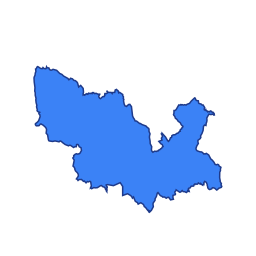 outline of Alausi, Cañar, Ecuador, rotated 160°
{"feature_id": "8360857B82258447900817", "entity_name": "Alausi", "entity_type": "district", "adm_level": 2, "iso_a3": "ECU", "parent_name": "Ecuador", "parent_adm1": "Cañar", "projection": "equal_earth", "projection_center": [-78.792, -2.325], "detail": "fine", "context": "isolated", "style": "filled", "palette": "blue", "viewbox_px": 256, "rotation_deg": 160, "n_neighbors": 0, "source": "geoboundaries", "source_scale": "gbopen_adm2", "svg_char_len": 5795}
<svg xmlns="http://www.w3.org/2000/svg" viewBox="0 0 256 256"><g transform="rotate(160 128 128)"><path d="M95.2,47.4L93.9,47.9L93.4,48.6L93.2,48.0L92.2,47.4L92.0,50.3L91.5,50.6L90.0,50.5L88.6,51.7L86.2,51.0L85.2,52.2L84.5,52.0L84.2,52.5L82.2,51.5L81.2,51.8L80.7,52.3L79.4,50.6L78.7,51.1L78.2,49.8L77.5,48.9L77.4,49.2L76.1,48.8L75.9,49.7L75.4,50.2L75.4,50.7L74.1,51.6L73.0,50.1L72.9,47.7L73.2,47.0L73.2,45.6L73.5,44.6L73.1,43.1L72.3,42.2L70.1,42.2L69.3,42.9L68.6,42.9L67.1,41.7L65.9,39.4L64.9,39.5L63.5,40.3L60.7,40.3L59.9,40.9L59.8,41.3L60.1,41.8L59.9,43.0L59.3,43.7L59.7,46.3L59.4,47.0L58.9,49.9L56.9,55.1L55.7,56.3L55.2,57.8L54.1,59.3L55.3,60.9L55.5,62.5L56.2,63.2L57.5,63.2L58.6,64.0L58.9,66.4L59.8,69.0L60.8,70.6L61.4,75.1L63.1,77.4L64.5,77.2L64.9,77.6L65.8,77.8L66.2,79.2L67.0,80.3L68.5,81.0L70.8,82.9L71.3,84.1L71.3,84.6L71.0,85.8L69.3,87.8L67.2,89.4L67.1,90.9L66.5,92.5L63.9,93.3L62.8,94.2L62.5,95.8L60.4,97.5L58.3,100.0L56.5,103.7L55.1,104.6L53.9,103.7L52.8,105.9L52.0,106.7L51.2,108.1L50.5,110.5L47.3,113.3L45.4,112.2L43.9,112.1L43.3,111.5L43.1,110.9L42.4,110.7L42.1,112.1L42.7,113.7L43.5,113.9L43.8,115.0L44.5,115.8L45.3,115.7L45.7,115.2L46.7,116.0L47.6,115.9L47.8,117.0L48.6,117.5L48.6,118.7L49.2,118.3L50.0,118.9L49.9,119.8L48.9,121.0L49.6,124.0L50.1,124.0L50.6,124.4L50.9,125.3L52.9,126.8L53.1,127.3L52.6,129.5L54.1,130.3L54.7,131.5L54.6,133.0L55.1,133.5L59.3,131.7L61.8,130.1L64.3,130.1L65.6,129.7L66.7,130.5L68.1,130.6L69.2,131.5L69.7,131.3L70.4,132.0L71.2,131.7L72.4,132.3L76.4,128.9L77.7,128.4L78.8,128.7L79.9,125.9L80.6,125.2L80.6,124.3L80.1,123.0L80.1,120.7L79.4,120.1L78.7,118.1L78.6,117.2L77.1,115.1L76.9,113.1L76.4,111.7L75.9,111.2L75.9,110.6L76.3,110.1L77.6,109.5L78.0,108.8L79.1,108.7L79.8,108.1L80.0,107.1L80.6,107.2L83.0,106.0L83.6,106.3L86.1,105.6L87.9,106.1L89.4,105.8L89.7,105.4L89.8,104.9L90.4,104.2L91.4,104.3L93.2,102.3L94.6,101.6L95.2,103.1L95.8,106.6L97.8,111.5L98.0,111.1L98.7,111.0L98.4,110.0L98.6,108.1L100.1,107.0L100.2,105.0L103.6,104.9L102.5,101.9L101.5,100.8L101.4,98.5L102.2,98.4L103.5,97.3L104.5,97.3L105.3,96.8L107.0,96.7L107.6,96.1L108.5,96.4L109.3,96.2L110.9,97.1L112.9,96.7L113.4,97.8L113.5,99.1L113.2,100.1L112.1,102.3L112.5,105.7L111.7,108.2L111.1,111.8L110.5,113.2L109.3,114.9L109.4,117.7L108.7,119.6L108.7,120.5L109.8,122.2L110.4,123.7L113.7,126.5L114.8,128.0L115.5,128.2L117.6,131.6L118.9,132.2L119.0,134.1L119.4,135.5L119.6,137.7L117.4,147.1L117.9,148.3L118.1,149.5L119.0,149.9L121.1,149.3L121.9,148.7L123.3,149.9L123.4,151.9L122.9,155.1L122.1,156.4L122.4,157.1L121.6,158.9L121.9,160.2L121.5,161.3L123.7,164.4L124.7,164.2L124.6,166.5L125.2,167.2L125.6,168.2L127.0,168.1L128.3,166.0L130.3,166.6L131.1,165.8L131.5,167.1L134.1,168.1L135.0,169.3L134.9,170.3L135.3,169.6L135.0,168.3L135.2,168.0L136.6,167.7L137.8,168.3L138.2,168.0L138.7,166.4L139.1,166.4L139.7,165.7L141.0,166.1L143.8,165.0L144.5,165.7L144.8,167.4L144.5,168.1L143.1,169.1L143.0,169.5L144.6,170.0L146.2,171.6L147.4,171.6L148.3,172.6L148.2,173.0L149.2,173.4L149.9,172.7L150.2,173.2L151.1,173.0L151.7,173.6L152.7,173.7L153.1,174.2L154.1,173.5L154.3,173.9L154.8,173.7L155.5,174.5L156.3,174.0L157.2,174.1L157.5,173.7L158.4,174.5L158.8,174.4L158.3,175.9L157.8,176.4L157.3,177.8L156.6,180.6L157.9,184.2L160.3,183.4L160.0,187.7L160.4,189.1L161.4,190.6L162.6,191.3L163.4,193.2L165.0,194.4L166.3,193.6L167.3,193.7L167.4,195.0L170.8,198.9L171.8,201.0L173.5,202.6L175.3,206.6L178.4,208.8L180.0,208.5L181.2,209.0L181.8,210.3L181.8,211.5L183.4,212.3L183.6,213.4L184.6,211.9L185.0,211.8L186.6,212.6L187.2,213.9L188.1,213.1L189.6,213.7L191.8,216.6L192.5,216.5L194.1,215.0L194.7,215.0L195.2,212.6L196.3,211.4L197.3,209.4L198.6,208.1L199.2,207.2L200.4,203.3L201.6,197.8L203.0,194.6L203.1,192.9L204.0,190.4L204.3,187.3L205.0,186.0L205.7,183.2L205.9,180.5L206.7,179.2L207.0,176.1L207.5,175.5L207.4,174.8L207.0,174.1L205.7,173.0L206.4,172.8L206.8,172.2L206.8,171.5L206.3,170.8L206.7,168.7L209.5,165.4L211.1,164.5L213.5,163.7L213.9,162.8L213.7,162.0L213.4,161.4L211.2,160.7L210.6,160.7L209.3,161.6L208.4,161.6L206.7,159.6L205.3,156.9L205.0,155.6L205.1,154.3L206.7,151.1L205.9,149.1L206.8,144.3L206.8,143.3L206.5,142.8L203.4,141.1L201.0,140.8L197.7,138.7L197.1,138.6L196.5,139.0L195.8,138.8L195.2,138.1L194.5,136.7L192.7,134.0L190.0,131.6L189.0,131.8L187.9,131.3L185.8,128.3L184.3,128.6L183.0,128.1L182.0,130.0L181.4,130.0L180.5,129.4L180.2,127.0L178.9,125.6L179.4,122.8L181.7,120.8L182.5,120.5L184.3,120.7L185.4,121.5L187.0,121.3L187.5,120.9L188.4,120.8L188.9,119.3L190.0,118.8L190.1,118.2L189.6,116.8L189.7,115.9L192.7,111.0L192.1,109.9L191.8,108.2L192.1,107.2L192.0,105.6L190.9,103.3L190.6,101.7L191.1,99.8L193.9,97.8L193.2,97.0L192.9,95.8L191.6,96.3L189.3,95.5L188.1,93.1L187.2,93.1L186.2,90.8L184.5,91.6L183.7,90.9L182.1,91.0L181.6,90.4L181.5,90.0L182.2,86.4L182.5,85.6L183.4,85.1L183.8,84.4L183.4,84.5L182.9,83.4L180.4,83.7L179.4,83.0L177.2,82.4L173.4,83.2L172.6,83.0L171.9,81.6L170.5,80.5L170.0,79.5L170.1,78.2L169.7,77.0L169.9,76.1L169.7,75.5L169.5,76.1L168.9,76.8L168.9,77.9L168.6,78.0L168.6,78.7L167.8,79.3L167.7,80.0L168.1,81.2L167.9,82.0L166.5,81.8L161.4,78.8L154.0,79.3L153.0,74.9L156.1,66.4L150.9,66.4L148.5,63.5L147.9,61.7L147.8,60.6L146.4,61.3L146.2,56.6L144.6,54.6L144.5,53.0L141.5,53.4L139.8,51.1L139.5,49.9L139.6,48.6L138.7,47.4L137.6,43.8L137.2,43.8L137.1,42.0L136.8,41.5L136.2,41.7L136.2,42.0L135.7,42.0L135.7,42.3L135.5,42.1L134.2,42.6L131.1,45.4L130.6,47.7L130.1,48.8L127.7,50.5L127.1,51.1L126.9,52.1L124.8,53.9L122.7,56.8L121.9,57.1L120.9,53.8L120.3,52.9L119.6,52.4L118.9,51.1L117.7,50.9L116.9,50.3L116.6,49.5L115.8,48.9L114.9,49.3L113.5,49.0L112.6,45.9L109.7,45.5L109.6,47.1L108.8,49.3L106.3,49.2L105.9,49.9L106.1,50.9L105.9,51.9L104.3,52.8L103.9,53.4L101.4,50.0L100.4,49.8L98.5,50.7L97.9,49.3L96.6,48.8L95.2,47.4Z" fill="#3b82f6" stroke="#1e3a8a" stroke-width="1.5"/></g></svg>